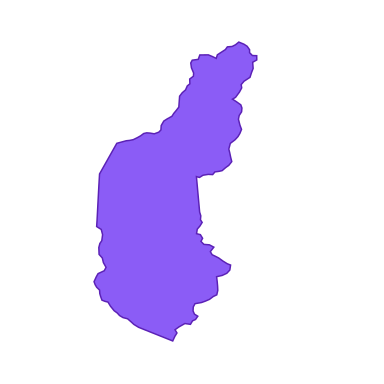 outline of Diamante, Paraíba, Brazil, rotated 228°
{"feature_id": "56859067B40702424285398", "entity_name": "Diamante", "entity_type": "district", "adm_level": 2, "iso_a3": "BRA", "parent_name": "Brazil", "parent_adm1": "Paraíba", "projection": "albers", "projection_center": [-38.317, -7.445], "detail": "fine", "context": "isolated", "style": "filled", "palette": "violet", "viewbox_px": 384, "rotation_deg": 228, "n_neighbors": 0, "source": "geoboundaries", "source_scale": "gbopen_adm2", "svg_char_len": 2128}
<svg xmlns="http://www.w3.org/2000/svg" viewBox="0 0 384 384"><g transform="rotate(228 192 192)"><path d="M267.3,135.4L257.9,125.9L245.6,113.6L234.5,102.5L230.1,98.0L224.9,99.5L220.1,97.0L216.2,92.4L215.4,89.1L213.1,85.6L207.8,81.2L203.0,81.2L198.8,78.9L193.5,77.7L192.2,74.1L194.2,67.6L193.1,64.3L190.9,59.2L187.9,58.0L184.9,57.4L181.0,57.7L178.2,55.5L175.3,54.1L171.9,52.7L168.9,54.2L166.4,55.9L161.7,55.0L155.9,54.7L152.0,55.5L148.7,55.5L144.8,56.7L140.9,59.3L135.9,59.9L132.5,60.2L127.1,61.8L94.2,78.0L96.2,82.7L97.3,86.5L101.0,87.2L100.5,91.9L99.0,98.7L94.7,102.3L95.9,106.2L94.9,109.3L95.8,113.2L99.6,112.1L102.9,113.2L105.7,116.0L107.0,119.5L105.2,122.4L103.5,125.1L102.0,128.8L100.5,133.2L100.1,137.9L99.0,141.6L101.6,145.3L105.0,148.1L108.6,150.8L112.6,153.6L109.8,158.6L108.3,163.5L108.7,167.9L111.9,171.8L115.1,170.2L120.3,168.7L125.1,167.7L128.5,166.4L131.9,165.0L135.4,165.7L136.4,171.3L141.1,169.6L145.1,165.8L149.3,165.6L150.5,168.9L154.7,169.7L158.0,167.5L160.9,171.1L161.4,175.1L162.6,179.2L165.7,179.7L168.4,182.6L171.9,184.2L200.5,205.6L197.8,207.3L197.1,211.4L194.2,215.9L191.1,219.0L191.6,222.5L189.2,226.0L187.7,228.7L187.6,233.3L187.2,237.4L188.0,241.9L191.8,243.9L196.1,246.4L199.3,248.1L202.5,253.0L202.0,258.9L202.4,263.2L203.5,266.8L205.4,270.7L209.7,272.4L215.0,275.2L217.3,278.3L218.4,282.5L221.0,285.3L224.1,286.6L229.5,285.4L233.9,284.2L233.2,287.7L234.5,294.1L236.1,298.6L238.9,300.4L239.5,304.8L238.4,311.8L241.0,316.3L242.9,320.1L247.8,323.9L246.8,328.5L250.0,331.3L253.0,328.2L257.0,328.0L259.2,330.0L263.4,330.5L267.1,329.5L272.1,327.1L272.3,322.9L273.3,319.2L276.2,315.4L275.5,312.1L277.0,302.7L275.1,299.4L279.0,297.8L283.0,295.9L288.6,289.5L286.4,285.4L289.8,280.4L288.7,277.4L284.7,274.7L279.3,272.8L277.1,270.5L277.5,265.9L273.8,262.8L274.0,259.5L272.2,255.5L272.3,251.2L271.5,246.9L263.9,239.0L263.1,234.5L262.6,231.0L261.7,227.8L262.9,222.7L263.6,218.5L262.0,213.6L258.9,210.4L258.7,207.3L260.5,202.9L263.9,200.2L266.3,197.9L267.8,195.2L268.1,191.6L268.9,188.0L270.2,183.4L272.0,180.3L274.1,177.4L278.5,168.7L267.3,135.4Z" fill="#8b5cf6" stroke="#5b21b6" stroke-width="1.5"/></g></svg>